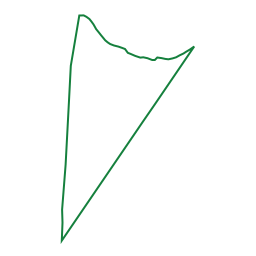 outline of Sossêgo, Paraíba, Brazil
{"feature_id": "56859067B23055317122585", "entity_name": "Sossêgo", "entity_type": "district", "adm_level": 2, "iso_a3": "BRA", "parent_name": "Brazil", "parent_adm1": "Paraíba", "projection": "equal_earth", "projection_center": [-36.188, -6.739], "detail": "fine", "context": "isolated", "style": "outline", "palette": "green", "viewbox_px": 256, "rotation_deg": 0, "n_neighbors": 0, "source": "geoboundaries", "source_scale": "gbopen_adm2", "svg_char_len": 603}
<svg xmlns="http://www.w3.org/2000/svg" viewBox="0 0 256 256"><path d="M70.8,65.8L69.0,100.7L65.6,164.9L62.1,209.7L62.5,222.7L61.8,240.6L143.2,121.2L155.6,103.2L194.2,46.5L190.1,49.4L185.9,51.9L183.5,53.5L179.9,55.2L176.1,57.3L172.6,58.4L168.4,59.3L165.2,58.9L161.5,58.1L157.3,57.5L154.8,60.0L152.2,60.0L147.5,58.2L143.3,57.3L140.3,57.6L135.2,55.9L130.8,54.0L127.8,52.8L125.0,49.0L122.1,47.9L118.4,46.6L114.0,45.5L110.1,44.0L107.6,42.3L105.2,40.3L101.1,35.3L98.5,32.0L96.2,29.2L93.5,24.4L91.4,21.5L89.4,19.0L86.4,16.8L83.7,15.4L79.3,15.5L70.8,65.8Z" fill="none" stroke="#15803d" stroke-width="2"/></svg>